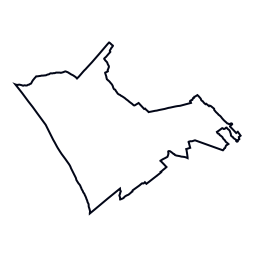 outline of Mosna, Iasi, Romania
{"feature_id": "2599482B14546086998292", "entity_name": "Mosna", "entity_type": "district", "adm_level": 2, "iso_a3": "ROU", "parent_name": "Romania", "parent_adm1": "Iasi", "projection": "orthographic", "projection_center": [27.981, 46.915], "detail": "fine", "context": "isolated", "style": "outline", "palette": "ink", "viewbox_px": 256, "rotation_deg": 0, "n_neighbors": 0, "source": "geoboundaries", "source_scale": "gbopen_adm2", "svg_char_len": 5648}
<svg xmlns="http://www.w3.org/2000/svg" viewBox="0 0 256 256"><path d="M197.4,95.1L194.7,96.8L194.3,96.8L193.8,98.0L193.2,98.0L192.4,99.7L192.2,99.6L190.6,100.6L190.7,100.8L190.1,101.1L190.0,101.3L190.9,102.6L191.0,102.9L180.1,105.8L177.4,106.1L175.2,106.5L170.2,107.6L168.4,107.9L164.8,108.9L159.2,110.0L156.8,110.6L156.0,110.7L155.1,110.8L150.7,111.7L150.0,111.8L148.6,112.1L148.3,111.7L147.5,110.9L146.9,110.4L146.2,109.8L145.1,108.6L144.2,109.0L138.6,103.0L135.0,105.2L134.6,105.4L134.0,105.4L133.8,105.3L132.9,104.6L132.1,103.8L131.6,103.5L130.7,102.8L129.2,101.7L128.6,101.1L127.2,100.0L126.2,99.3L124.7,98.0L122.3,96.4L121.1,95.8L120.8,95.6L120.6,95.4L120.3,95.1L118.8,94.4L118.5,94.2L118.1,93.9L117.7,93.6L117.3,93.0L116.9,92.3L116.1,91.3L115.2,89.7L114.4,89.4L114.1,89.2L113.8,88.8L113.3,87.8L112.7,85.9L112.3,85.1L111.8,84.3L110.5,82.8L109.2,81.2L108.0,80.3L107.9,80.1L107.7,79.9L106.9,79.3L106.9,79.0L106.5,77.9L106.4,77.7L106.5,77.2L105.1,72.8L105.2,72.6L107.5,71.6L107.9,71.3L107.9,71.1L107.6,70.2L108.0,69.4L108.5,68.1L108.9,67.0L108.9,66.7L108.8,66.0L107.9,64.4L107.6,63.7L107.3,62.8L107.1,62.3L105.1,60.2L104.9,59.8L104.2,58.9L104.2,58.6L104.6,58.1L106.1,56.8L108.9,53.5L109.4,53.0L110.3,51.9L110.0,51.5L109.8,51.0L109.9,50.4L110.8,49.0L111.1,48.3L111.5,47.8L111.9,47.4L112.9,45.9L112.9,45.6L112.4,45.3L109.8,42.9L109.4,42.7L109.1,42.5L107.9,43.7L99.3,53.8L92.0,62.2L86.0,68.7L85.5,69.3L84.8,69.9L83.4,71.4L79.0,76.5L77.0,78.5L75.9,77.3L75.4,76.9L73.2,75.4L70.8,74.2L69.8,73.5L68.9,73.0L68.6,72.7L67.2,72.0L66.8,71.9L65.9,71.5L65.4,71.4L64.6,71.6L63.5,72.1L62.2,72.5L61.0,72.8L60.5,72.8L60.1,72.6L59.6,72.6L58.0,72.6L56.1,72.6L54.8,73.1L53.7,73.1L52.4,73.4L51.8,73.4L51.1,73.3L50.8,73.3L50.3,73.4L49.1,74.2L48.0,74.5L47.3,74.6L46.4,75.1L45.9,75.3L44.7,75.4L42.9,75.6L41.6,75.6L40.5,75.9L39.6,76.0L37.7,76.3L36.7,76.3L36.2,76.4L36.0,76.5L35.9,76.7L35.4,77.4L34.9,77.8L34.2,78.7L32.8,80.4L32.0,81.8L31.3,83.1L31.1,83.5L30.6,83.8L30.1,83.9L29.2,84.6L28.3,84.7L27.4,85.2L27.1,85.4L26.3,85.5L25.8,85.5L24.5,85.3L24.3,85.3L23.1,85.7L22.5,85.5L22.0,85.3L21.7,85.2L19.7,84.7L18.7,84.7L18.3,84.8L18.0,84.9L17.5,84.9L15.9,84.7L15.4,84.5L22.1,93.0L28.4,101.5L32.7,107.0L37.4,113.5L45.7,124.8L53.2,139.8L54.7,142.4L56.9,146.5L57.7,147.9L60.1,151.7L61.7,154.1L65.2,158.8L69.3,164.6L70.3,166.4L71.0,168.2L75.9,178.0L76.4,180.0L78.5,183.4L79.4,184.4L80.1,185.4L80.4,186.1L80.7,186.9L81.2,187.8L81.4,188.6L81.5,188.8L82.0,189.8L82.3,190.2L82.9,191.3L83.1,192.0L83.4,192.5L84.4,193.9L85.0,195.5L85.4,196.1L86.1,197.8L86.5,199.1L87.1,200.3L87.3,201.1L87.7,202.5L88.1,203.1L88.6,204.2L88.7,206.5L88.8,206.9L89.0,207.6L89.3,208.3L90.0,211.0L90.0,211.8L89.8,213.2L89.8,213.5L94.9,209.3L107.8,198.5L120.0,188.6L120.1,189.3L120.0,189.9L120.1,190.1L120.2,190.5L120.7,191.1L120.8,191.2L120.8,191.4L120.2,192.8L120.1,193.0L120.1,193.8L119.7,194.4L119.5,195.3L119.4,195.4L119.6,196.2L120.0,197.3L120.1,197.7L120.1,198.3L120.1,199.4L120.6,199.4L121.0,199.1L122.0,198.8L123.4,198.1L124.1,197.4L124.5,196.8L125.7,196.0L126.5,195.5L128.0,194.9L128.6,194.6L130.9,192.7L131.6,191.9L131.9,191.7L132.2,191.7L132.4,191.6L132.5,191.4L132.5,190.6L132.7,190.3L139.4,185.5L141.9,183.4L142.5,183.3L143.0,183.5L143.5,183.4L143.8,183.3L144.9,182.2L146.4,183.8L149.3,181.6L159.7,173.5L161.1,172.3L160.7,171.8L161.6,171.2L163.3,169.7L164.7,168.6L166.2,167.3L166.5,167.0L165.3,165.8L164.6,165.0L161.5,161.8L160.6,160.9L160.4,160.8L160.4,160.7L161.5,160.1L162.5,159.4L164.9,158.2L167.3,156.9L167.5,156.7L168.1,155.0L168.4,153.9L168.5,153.5L168.3,153.0L168.3,152.4L168.2,151.6L168.4,151.2L168.6,151.1L169.5,151.1L170.2,151.3L172.5,153.0L173.6,154.0L174.3,154.1L174.5,154.3L174.7,154.8L174.8,154.9L176.2,155.5L179.5,156.1L180.3,156.3L181.3,156.6L183.3,156.8L183.6,156.9L184.1,156.9L185.4,157.2L187.0,157.8L187.6,158.1L187.6,157.6L187.5,156.8L187.4,155.9L187.0,153.0L186.7,151.2L186.6,150.4L186.2,149.1L190.2,147.8L190.0,147.1L189.1,143.7L189.0,143.2L188.8,142.6L188.6,142.3L188.6,141.8L189.0,141.6L190.6,141.2L191.0,141.3L192.2,141.2L194.0,140.6L195.0,140.3L222.9,150.3L223.6,149.6L224.4,148.3L225.0,148.1L225.4,147.2L225.8,146.1L225.9,145.8L226.3,145.3L226.5,145.1L227.1,144.9L227.3,144.8L227.7,144.5L228.4,144.0L227.4,143.1L225.9,141.9L225.7,141.7L224.8,140.2L223.8,139.3L223.1,138.5L222.5,137.3L222.2,136.9L220.6,135.6L219.9,135.2L219.6,134.9L219.5,134.5L219.2,134.1L218.8,133.8L218.1,133.6L217.9,133.4L217.2,132.7L216.9,131.9L218.3,131.0L219.7,130.0L222.1,128.2L222.6,128.2L223.5,128.9L223.7,129.0L224.0,129.0L224.4,128.9L224.9,128.7L226.0,127.7L226.6,127.6L227.0,128.1L227.4,128.6L227.9,129.1L228.8,129.7L229.4,130.3L229.8,131.0L230.0,131.5L230.3,132.5L230.8,133.8L230.8,134.1L230.9,134.4L230.9,134.8L231.0,135.5L231.2,135.8L231.5,136.2L231.9,136.5L232.6,136.8L233.2,137.7L233.8,138.3L236.2,139.9L236.1,140.9L236.3,141.2L236.8,141.6L237.0,141.7L237.7,141.4L237.9,141.1L237.9,140.8L237.9,140.0L238.0,139.9L238.4,139.7L239.1,139.4L239.3,139.3L239.3,138.8L239.0,138.4L239.0,138.2L239.0,137.7L238.8,137.3L238.8,137.0L239.7,136.5L239.7,136.4L240.6,135.7L239.4,134.0L237.8,131.8L236.2,133.0L232.9,129.5L230.0,126.5L230.0,126.4L231.0,125.3L232.1,124.4L232.2,124.2L232.1,123.9L232.0,123.7L231.6,123.4L230.9,123.5L230.4,123.6L229.8,124.0L229.1,124.2L227.9,123.5L227.3,123.4L227.1,123.3L226.5,122.6L225.1,121.4L223.8,120.2L222.1,118.3L220.9,116.7L220.0,115.8L218.5,114.7L218.3,114.5L218.1,114.1L215.9,112.0L214.2,109.9L214.1,108.7L211.0,106.2L210.5,105.9L209.4,105.6L209.0,106.1L206.9,104.3L206.3,104.0L206.1,103.8L205.6,104.2L204.7,103.6L203.5,102.3L202.9,101.4L201.7,100.6L201.3,100.2L201.0,99.4L200.7,98.6L198.7,96.3L197.4,95.1Z" fill="none" stroke="#020617" stroke-width="2"/></svg>